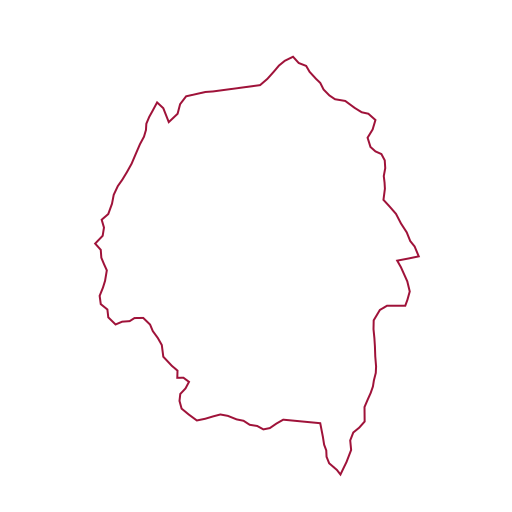 the district of Manduri, São Paulo, Brazil, rotated 9°
{"feature_id": "56859067B58840699865224", "entity_name": "Manduri", "entity_type": "district", "adm_level": 2, "iso_a3": "BRA", "parent_name": "Brazil", "parent_adm1": "São Paulo", "projection": "orthographic", "projection_center": [-49.301, -23.049], "detail": "fine", "context": "isolated", "style": "outline", "palette": "rose", "viewbox_px": 512, "rotation_deg": 9, "n_neighbors": 0, "source": "geoboundaries", "source_scale": "gbopen_adm2", "svg_char_len": 1859}
<svg xmlns="http://www.w3.org/2000/svg" viewBox="0 0 512 512"><g transform="rotate(9 256 256)"><path d="M261.4,53.4L253.9,58.7L248.9,64.3L244.6,71.4L239.5,79.3L233.3,86.6L187.8,100.2L180.4,101.9L162.0,109.2L157.3,117.9L156.3,127.8L148.9,137.4L141.3,124.5L134.3,119.8L130.9,129.5L128.8,135.2L127.0,142.5L127.6,148.8L126.7,155.7L123.9,163.7L121.2,174.3L118.7,184.3L115.4,193.3L112.0,201.6L108.6,208.5L105.9,217.8L105.6,226.9L103.5,237.7L97.9,244.3L101.4,251.7L101.4,260.0L95.2,268.9L101.7,274.2L103.5,281.9L107.2,287.9L110.9,293.5L110.8,304.2L109.8,311.1L107.8,319.8L110.2,327.8L117.6,332.1L119.7,339.7L128.0,345.6L134.1,341.8L141.4,340.1L145.7,336.3L154.3,334.8L162.1,340.3L165.8,346.3L171.9,352.4L176.9,358.7L180.2,370.0L190.0,377.6L196.4,381.5L197.3,388.6L203.4,387.6L209.5,390.8L207.1,397.8L202.8,404.1L203.1,411.1L206.4,418.4L214.4,423.1L223.3,427.7L231.3,424.7L238.8,421.1L245.6,418.1L253.2,418.3L262.4,420.4L269.5,420.7L276.2,423.7L283.8,423.7L290.4,426.1L296.6,423.8L302.4,418.3L308.5,413.4L345.6,411.1L350.4,424.3L352.8,431.7L355.8,437.0L357.1,443.3L360.7,449.3L369.3,454.6L373.6,458.6L375.7,451.6L377.6,445.4L380.3,432.7L377.9,423.4L379.7,415.1L384.8,409.4L389.2,402.5L386.8,388.2L388.9,379.9L390.7,373.3L391.9,366.6L391.9,360.4L392.6,352.8L391.9,346.4L389.5,336.5L387.6,326.7L385.8,318.7L383.5,309.9L382.3,301.1L386.8,289.9L393.2,284.6L411.2,281.8L412.4,275.6L413.4,267.0L409.4,257.4L400.9,244.4L396.2,238.5L407.3,234.5L416.8,230.9L411.2,221.8L406.0,217.1L401.2,209.1L394.1,201.2L387.7,192.5L379.8,185.9L373.1,180.6L372.8,169.4L371.5,163.4L369.7,157.1L369.9,149.0L368.2,141.4L363.9,135.7L357.6,134.0L352.0,130.4L347.7,121.7L351.4,112.8L352.7,103.0L344.7,97.9L337.9,97.5L330.3,94.3L319.9,88.9L309.5,88.8L303.3,85.9L296.7,81.0L292.4,75.0L287.5,71.6L280.1,65.7L275.8,60.4L268.0,58.7L261.4,53.4Z" fill="none" stroke="#9f1239" stroke-width="2"/></g></svg>